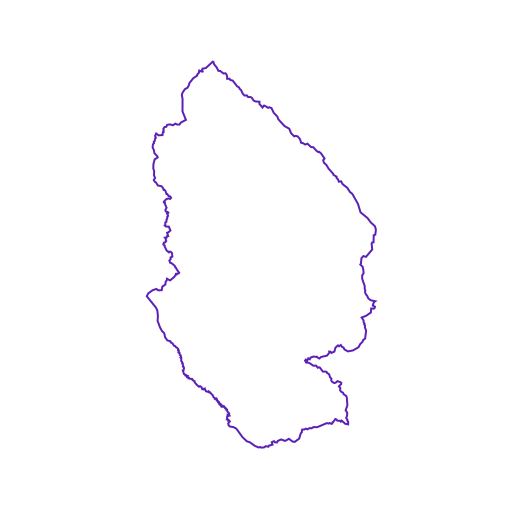 Padre Abad, Ucayali, Peru (Equal Earth projection), rotated 152°
{"feature_id": "86281439B41758290509877", "entity_name": "Padre Abad", "entity_type": "district", "adm_level": 2, "iso_a3": "PER", "parent_name": "Peru", "parent_adm1": "Ucayali", "projection": "equal_earth", "projection_center": [-75.247, -8.814], "detail": "fine", "context": "isolated", "style": "outline", "palette": "violet", "viewbox_px": 512, "rotation_deg": 152, "n_neighbors": 0, "source": "geoboundaries", "source_scale": "gbopen_adm2", "svg_char_len": 6091}
<svg xmlns="http://www.w3.org/2000/svg" viewBox="0 0 512 512"><g transform="rotate(152 256 256)"><path d="M253.7,64.1L252.4,66.5L252.7,67.7L252.2,68.5L252.4,70.6L250.4,72.4L249.0,75.0L249.3,77.6L245.4,81.3L242.3,88.3L242.0,89.9L243.5,92.8L243.3,94.4L244.5,96.1L244.8,97.8L243.5,100.0L244.0,102.0L241.0,102.9L240.3,103.8L240.6,104.9L242.9,107.3L245.2,106.7L246.7,107.2L247.9,109.4L248.0,110.8L247.0,112.4L247.5,114.1L247.0,117.4L248.2,119.4L248.0,120.1L248.7,121.2L251.2,122.5L252.0,127.5L252.6,128.2L253.9,128.3L254.5,131.1L256.9,132.2L258.6,135.6L260.6,138.0L261.7,138.2L261.8,140.6L260.6,141.2L259.7,139.7L257.9,141.1L257.0,139.6L255.4,140.7L252.7,140.3L249.4,138.3L249.4,137.5L248.1,135.7L246.0,136.3L240.1,134.7L236.4,136.3L236.2,137.2L235.1,136.5L234.9,135.0L231.7,134.8L228.8,137.8L225.6,138.6L225.1,137.3L222.9,137.6L222.7,135.3L221.7,134.1L221.8,132.0L219.6,128.6L214.7,127.1L208.4,127.3L205.3,129.3L202.1,130.3L200.8,131.5L198.4,131.9L193.8,138.4L193.4,141.8L192.3,143.5L192.6,144.9L191.8,145.7L192.1,146.9L191.3,148.6L191.6,152.1L187.1,151.5L181.1,152.2L178.9,155.6L176.8,154.2L175.5,154.5L174.8,155.4L176.1,157.4L175.8,157.9L173.5,159.9L172.0,160.1L175.5,163.1L176.1,164.3L176.8,166.4L176.5,168.3L177.0,171.0L176.6,173.2L175.7,174.2L175.4,176.1L174.1,178.5L173.0,185.8L171.5,188.9L169.0,190.4L167.7,193.5L166.9,196.6L167.9,199.5L166.8,200.2L163.9,204.6L161.2,205.5L159.3,203.6L150.3,207.2L148.1,212.7L147.0,213.4L145.8,212.9L142.3,219.1L140.7,218.8L137.8,222.9L137.0,226.4L138.9,231.8L139.7,237.1L143.2,245.5L141.5,254.1L141.8,265.7L143.0,268.5L143.4,273.5L145.7,278.5L145.9,282.1L148.0,282.7L147.6,285.1L148.3,287.1L147.6,288.2L149.5,291.2L149.2,292.2L150.9,299.1L151.1,303.3L152.2,306.4L151.7,309.1L149.7,309.9L150.4,316.0L151.3,318.3L152.1,318.4L153.3,320.7L154.3,325.1L156.3,326.4L157.8,331.0L160.2,331.3L161.6,333.7L163.0,334.7L162.3,338.5L163.0,342.0L164.7,343.5L166.1,343.7L167.4,348.0L166.9,352.8L169.8,357.3L171.4,363.3L172.1,366.4L171.7,369.1L173.1,374.0L172.9,379.4L174.5,381.1L175.7,381.1L177.9,384.8L178.6,385.1L180.5,384.0L181.6,388.7L180.5,390.6L183.8,392.6L185.1,394.3L185.4,397.6L186.1,398.8L188.4,400.1L188.6,402.0L190.8,403.1L191.5,405.4L191.3,409.8L192.0,411.3L191.8,412.8L193.0,414.7L194.2,421.8L196.0,423.4L196.1,424.9L198.3,426.0L197.2,428.2L196.8,430.6L197.2,431.7L199.0,432.4L200.7,436.1L202.3,437.2L202.2,441.1L203.0,444.9L202.5,447.3L202.9,447.9L212.1,445.5L215.2,446.5L216.2,445.8L216.5,444.0L217.4,444.3L219.0,446.4L220.5,444.5L222.4,444.0L223.3,442.9L228.0,442.4L233.7,439.9L234.9,438.4L237.6,436.7L240.4,436.7L244.2,434.7L245.9,432.9L247.1,429.2L253.0,418.2L254.0,409.1L259.7,409.1L261.9,408.0L264.0,409.2L265.2,410.8L267.9,410.4L270.2,412.6L272.8,413.5L274.6,412.2L276.2,412.8L278.2,411.7L278.4,410.4L279.4,409.7L279.3,408.9L280.3,408.7L281.8,406.7L285.4,408.3L286.6,411.0L288.8,409.4L288.9,407.4L289.8,407.1L291.6,405.0L292.6,404.9L293.2,403.4L294.6,403.0L296.4,400.2L296.4,397.7L297.4,394.4L296.3,390.4L296.5,389.2L300.1,388.9L303.5,385.2L305.6,381.5L306.1,378.6L308.1,375.4L308.5,372.2L310.6,371.1L310.5,369.1L309.8,367.9L309.5,364.3L306.7,362.0L306.2,359.9L306.5,357.8L305.9,357.7L305.4,356.0L305.9,352.7L305.2,352.3L305.1,350.1L303.8,348.9L303.7,347.2L305.0,346.7L306.3,347.9L308.4,348.3L311.9,347.2L312.2,346.6L311.4,345.9L312.0,344.7L312.3,340.6L314.4,339.2L314.7,338.3L314.4,337.1L313.3,336.4L313.1,335.3L314.6,335.2L314.6,333.2L315.1,332.5L315.9,332.4L316.9,330.6L318.0,330.1L319.0,328.3L320.4,328.2L321.3,326.2L322.3,325.8L321.5,324.1L319.2,322.9L319.6,318.7L322.5,318.0L323.6,318.3L324.2,314.8L325.4,315.2L326.2,314.3L327.8,314.9L327.6,313.3L328.3,312.3L328.2,311.4L329.9,310.6L330.9,311.1L332.4,309.8L331.7,308.1L332.2,307.4L332.3,302.6L331.2,300.2L330.7,300.6L329.3,299.8L328.8,297.9L330.2,294.7L332.1,294.9L332.8,293.3L334.6,292.7L335.0,290.4L334.0,289.4L332.4,285.6L332.6,283.8L332.2,283.2L332.3,281.2L331.7,277.3L332.6,276.9L334.9,277.8L335.1,276.9L336.1,277.0L337.9,275.9L343.3,274.8L345.3,277.7L346.0,276.6L347.9,275.6L349.5,273.3L353.0,273.0L355.3,270.1L358.6,271.7L359.4,273.7L363.3,274.3L368.7,273.6L371.3,271.7L368.6,257.5L368.7,254.2L370.9,248.8L373.3,245.1L374.3,237.9L374.2,233.7L373.3,231.0L374.4,226.7L373.9,223.1L371.6,220.9L371.9,219.7L370.8,218.3L370.5,215.2L369.6,214.4L369.5,213.0L368.6,211.6L368.4,210.7L369.1,209.3L368.5,208.9L369.1,208.0L369.0,206.8L369.6,206.8L369.2,205.9L369.7,204.4L369.2,203.8L369.5,201.9L370.3,201.9L370.2,200.3L371.3,198.5L371.0,197.3L371.5,196.0L371.1,195.5L371.6,195.1L371.9,192.7L372.4,192.6L372.1,191.0L373.6,189.1L374.3,189.3L375.0,185.6L373.9,184.2L374.4,183.7L373.8,183.2L373.8,182.4L373.3,182.8L372.5,182.0L373.0,181.6L373.1,180.4L372.5,180.0L372.9,179.5L370.0,177.2L370.3,176.1L369.0,174.3L369.4,173.2L368.8,170.2L367.7,167.3L366.6,167.4L365.7,165.9L366.0,163.6L364.6,163.4L364.7,162.7L364.1,162.3L363.5,162.6L363.7,160.1L361.7,158.1L361.3,158.6L360.9,158.0L361.1,157.2L360.6,157.0L359.5,153.0L359.8,151.1L359.1,150.0L359.4,149.3L358.3,148.9L358.3,147.8L357.8,148.1L357.9,146.8L358.4,147.0L358.0,145.0L358.5,144.0L357.8,144.5L357.9,143.2L357.2,143.6L357.2,142.5L356.5,142.5L357.1,142.3L356.7,141.3L357.5,141.6L357.4,140.1L356.6,140.5L356.7,138.8L355.7,139.0L355.6,139.7L355.3,138.0L354.7,138.0L354.8,136.4L354.3,136.3L353.9,134.8L354.5,134.4L353.7,133.7L354.3,132.2L353.6,129.7L354.3,129.4L354.3,128.0L355.4,128.9L355.5,127.7L356.6,128.0L357.7,126.7L357.6,125.4L358.2,125.2L357.3,124.4L357.8,123.5L357.0,123.2L356.8,122.2L359.2,121.2L359.7,119.1L358.9,117.5L356.2,115.5L354.4,112.7L353.0,102.6L351.1,96.7L348.9,94.4L346.2,89.0L343.6,85.7L342.0,85.4L341.4,84.4L338.7,83.2L336.6,83.5L334.6,81.8L333.6,82.5L330.0,81.7L329.5,84.2L327.1,84.1L326.8,82.7L325.0,81.5L323.6,82.5L319.9,82.2L317.2,79.1L312.7,79.1L310.9,75.1L309.2,73.7L303.6,74.5L299.7,78.4L298.1,79.0L297.5,80.4L296.5,81.1L295.1,80.2L292.9,80.1L292.0,78.8L289.5,78.9L287.9,77.8L285.6,77.9L282.1,76.1L271.9,75.2L270.6,74.0L269.4,74.0L268.3,72.4L267.2,72.3L266.5,73.3L265.6,73.2L262.5,74.8L261.8,74.1L261.5,72.4L259.1,71.0L258.8,69.9L257.6,70.4L256.0,66.0L253.7,64.1Z" fill="none" stroke="#5b21b6" stroke-width="2"/></g></svg>